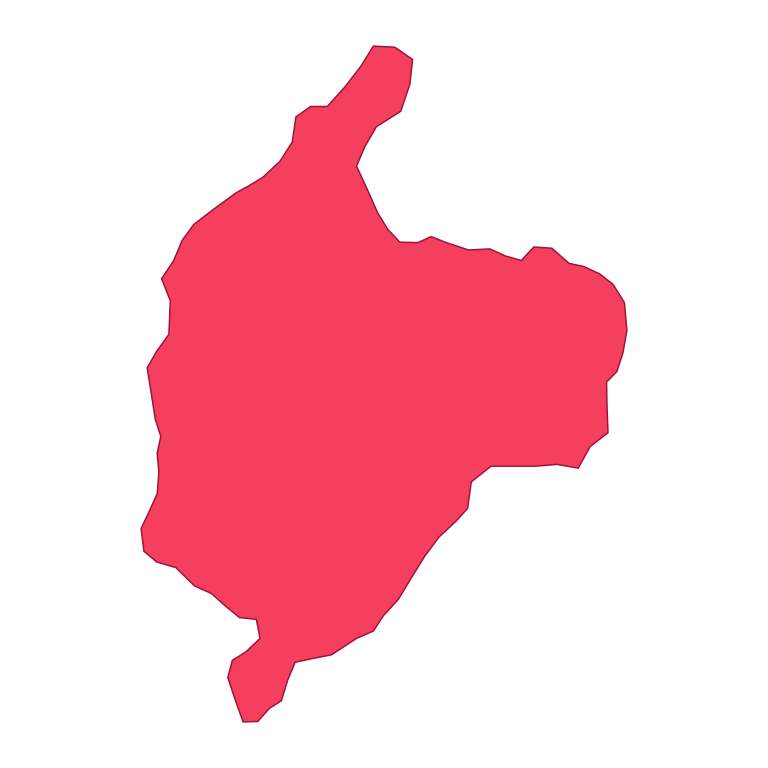 outline of Ibitiúra de Minas, Minas Gerais, Brazil
{"feature_id": "56859067B88505379898638", "entity_name": "Ibitiúra de Minas", "entity_type": "district", "adm_level": 2, "iso_a3": "BRA", "parent_name": "Brazil", "parent_adm1": "Minas Gerais", "projection": "equal_earth", "projection_center": [-46.408, -22.066], "detail": "fine", "context": "isolated", "style": "filled", "palette": "rose", "viewbox_px": 768, "rotation_deg": 0, "n_neighbors": 0, "source": "geoboundaries", "source_scale": "gbopen_adm2", "svg_char_len": 1290}
<svg xmlns="http://www.w3.org/2000/svg" viewBox="0 0 768 768"><path d="M243.1,721.9L257.8,721.5L269.2,708.5L281.4,700.7L287.8,679.8L295.1,662.3L308.7,659.3L331.5,654.8L356.5,638.4L373.4,631.0L383.4,615.7L398.4,599.3L412.1,576.6L424.8,556.1L439.0,537.1L456.2,521.0L467.6,508.4L471.3,481.9L491.0,466.2L509.6,466.2L535.5,466.2L556.9,464.4L578.2,468.1L590.2,446.5L608.0,432.7L606.9,402.5L606.6,382.0L616.9,371.5L623.0,352.5L626.9,330.5L624.4,302.6L613.0,284.3L599.7,273.9L583.3,266.4L569.1,263.4L551.9,248.2L533.8,247.0L521.3,260.5L505.5,256.0L489.9,248.9L468.5,250.0L446.3,242.6L431.2,236.6L417.9,242.6L399.8,242.2L387.6,229.1L377.6,212.7L366.2,187.0L356.5,166.1L364.8,146.7L376.5,126.6L400.7,111.3L409.8,84.5L412.6,59.5L394.8,47.2L373.4,46.1L360.6,66.6L345.1,86.7L327.3,106.5L310.6,106.5L295.9,116.9L292.3,141.9L280.0,161.3L262.8,177.3L248.6,185.9L236.4,192.6L213.9,209.0L193.9,224.3L182.2,240.3L173.6,260.8L161.6,278.7L170.3,300.7L168.9,334.3L156.6,351.4L147.2,367.8L151.1,392.4L155.3,419.3L160.8,436.4L157.2,453.2L158.9,472.2L157.2,493.8L148.9,512.1L141.1,528.5L143.9,551.2L156.7,562.0L175.8,567.6L194.5,585.9L211.7,593.7L223.1,604.1L239.5,617.6L256.4,619.4L260.0,638.4L245.9,651.9L232.3,660.4L227.8,677.6L234.5,697.7L243.1,721.9Z" fill="#f43f5e" stroke="#9f1239" stroke-width="1.5"/></svg>